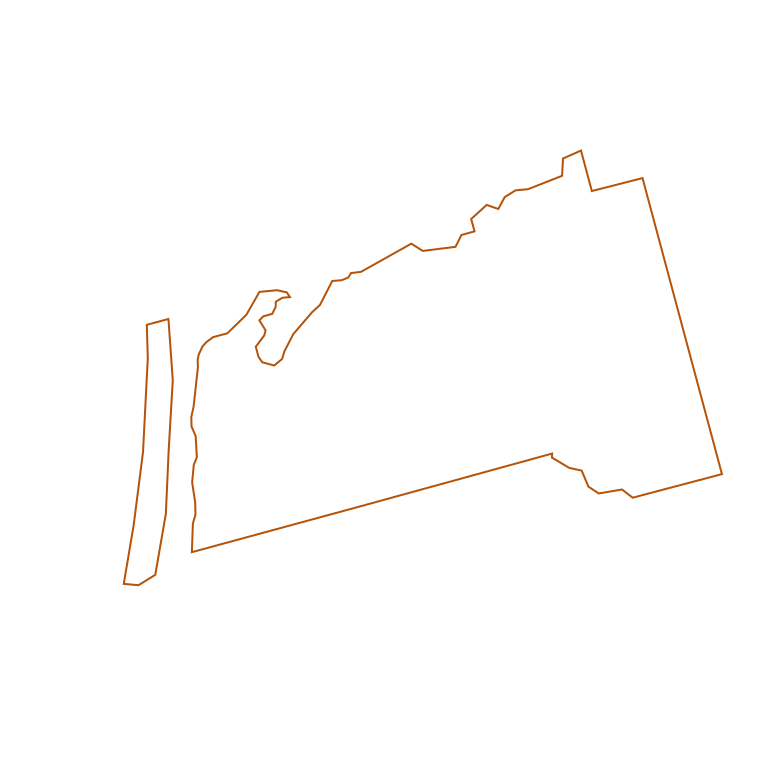 outline of Kleberg, United States of America, rotated 165°
{"feature_id": "52423323B47433581718173", "entity_name": "Kleberg", "entity_type": "district", "adm_level": 2, "iso_a3": "USA", "parent_name": "United States of America", "parent_adm1": "", "projection": "orthographic", "projection_center": [-97.582, 27.423], "detail": "fine", "context": "isolated", "style": "outline", "palette": "amber", "viewbox_px": 768, "rotation_deg": 165, "n_neighbors": 0, "source": "geoboundaries", "source_scale": "gbopen_adm2", "svg_char_len": 1208}
<svg xmlns="http://www.w3.org/2000/svg" viewBox="0 0 768 768"><g transform="rotate(165 384 384)"><path d="M81.0,516.0L133.3,516.6L133.3,558.5L152.7,555.5L158.1,539.0L194.6,534.9L206.8,537.0L219.0,533.3L228.3,523.5L238.5,530.4L257.1,520.8L257.0,508.0L270.6,507.9L279.4,498.0L312.1,502.5L321.3,512.5L377.2,498.3L387.2,499.7L387.3,499.4L391.0,496.1L398.0,495.2L407.3,496.9L425.4,476.9L435.0,471.9L458.7,455.7L471.6,441.5L476.0,434.5L485.3,430.3L496.0,436.5L498.2,442.8L498.2,453.2L487.1,461.9L484.5,466.5L487.9,477.7L483.1,480.6L473.8,480.7L468.7,486.5L467.2,491.5L459.8,493.6L452.4,492.3L454.2,497.7L463.1,502.3L480.5,505.2L499.0,486.5L522.2,473.5L537.0,473.5L544.4,470.6L549.6,467.3L555.5,460.2L557.7,455.6L559.5,448.1L573.9,411.1L578.7,401.9L580.9,392.8L579.4,382.4L583.8,361.5L588.6,355.3L594.8,338.6L597.0,318.7L599.9,306.6L604.7,298.7L613.1,271.3L433.5,272.0L239.6,273.3L240.8,269.4L226.9,255.1L215.5,249.2L213.1,231.9L204.9,222.7L181.4,220.5L173.2,209.8L166.1,209.8L80.9,209.5L81.0,516.0ZM654.3,258.9L628.3,315.1L609.5,374.6L587.1,442.1L575.7,501.0L575.5,502.6L597.8,502.6L605.5,470.0L634.4,380.6L662.4,312.3L687.1,258.3L673.2,253.2L654.3,258.9Z" fill="none" stroke="#b45309" stroke-width="2"/></g></svg>